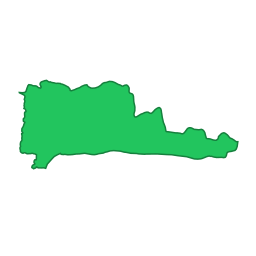 the district of Purulhá, Baja Verapaz, Guatemala, rotated 183°
{"feature_id": "79465075B41794626766416", "entity_name": "Purulhá", "entity_type": "district", "adm_level": 2, "iso_a3": "GTM", "parent_name": "Guatemala", "parent_adm1": "Baja Verapaz", "projection": "robinson", "projection_center": [-89.998, 15.218], "detail": "fine", "context": "isolated", "style": "filled", "palette": "green", "viewbox_px": 256, "rotation_deg": 183, "n_neighbors": 0, "source": "geoboundaries", "source_scale": "gbopen_adm2", "svg_char_len": 5688}
<svg xmlns="http://www.w3.org/2000/svg" viewBox="0 0 256 256"><g transform="rotate(183 128 128)"><path d="M238.4,157.8L238.3,157.5L237.1,157.0L235.6,156.4L233.6,155.5L232.8,154.7L232.5,153.6L232.8,152.5L233.1,151.1L232.5,150.0L232.4,148.7L232.9,147.3L232.8,145.9L233.0,144.7L232.5,143.7L232.8,142.4L232.9,142.1L232.6,142.1L231.9,141.6L231.5,141.2L231.2,140.7L231.0,140.3L230.9,140.0L230.8,139.6L230.8,139.1L230.9,138.9L231.3,138.7L231.6,138.6L231.9,138.3L232.0,137.9L232.1,137.6L232.1,137.3L232.0,136.8L232.0,136.1L231.9,135.5L231.9,135.1L231.8,134.7L231.7,134.3L231.7,133.9L231.8,133.5L231.9,133.1L232.1,132.8L232.2,132.5L232.4,132.3L232.7,132.0L232.9,131.9L233.0,131.5L233.0,131.0L232.9,129.8L232.8,129.4L232.7,129.1L232.3,128.9L232.0,128.8L231.8,128.7L231.4,128.5L231.3,128.1L231.4,127.8L231.8,127.1L232.0,126.5L232.1,126.3L232.2,125.9L232.3,125.5L232.4,125.1L232.5,124.7L232.6,124.2L232.8,123.8L233.1,123.3L233.5,122.6L233.7,122.1L233.9,121.7L233.9,121.0L233.9,119.4L233.8,119.2L233.6,118.8L233.5,118.6L233.3,118.4L233.0,118.1L232.8,117.7L233.0,117.2L233.4,116.9L233.9,116.8L233.9,116.3L233.8,116.0L233.7,115.7L233.5,115.1L233.4,114.7L233.4,114.2L233.4,113.9L233.4,113.3L233.5,112.8L233.5,112.5L233.5,112.0L233.4,111.6L233.3,111.2L233.3,110.8L233.3,110.3L233.5,109.8L233.6,109.5L233.7,109.3L234.0,109.1L234.2,108.8L234.4,108.4L234.6,107.5L234.7,106.5L234.7,105.8L234.6,105.3L234.5,104.8L234.4,104.4L234.3,104.0L234.4,103.7L234.7,103.1L234.8,102.8L234.8,102.5L234.8,102.2L234.8,101.8L234.7,101.4L234.6,101.0L234.4,100.5L234.3,100.3L234.3,99.8L234.3,99.2L234.2,98.9L234.0,98.6L233.7,98.3L233.3,98.0L232.9,97.7L232.5,97.5L232.2,97.4L231.7,97.4L231.3,97.4L230.9,97.5L230.5,97.8L230.1,97.9L229.7,97.9L229.3,97.8L228.9,97.7L228.5,97.4L228.2,97.3L227.8,97.1L227.6,97.1L227.3,97.0L225.3,97.2L224.2,97.3L223.6,97.4L223.2,97.5L222.9,97.6L222.6,97.7L222.3,97.7L222.1,97.7L221.7,97.7L221.4,97.5L221.0,97.4L220.7,97.3L220.3,97.3L219.9,97.3L219.5,97.2L219.3,97.1L218.9,96.9L218.3,96.7L218.0,96.5L218.0,96.2L218.0,95.8L217.9,92.4L217.9,91.9L218.0,91.5L218.4,91.4L218.7,91.4L218.9,91.5L219.3,91.4L219.5,91.2L219.8,90.6L220.0,90.2L220.0,89.7L220.1,89.4L220.1,89.1L220.0,88.7L219.9,88.4L219.7,88.2L219.5,87.9L219.3,87.7L219.2,87.3L219.3,87.0L219.7,86.8L220.2,86.5L220.7,86.2L221.0,86.0L221.3,85.7L221.5,85.5L221.6,85.2L221.8,84.6L222.0,83.9L221.9,83.4L221.6,83.3L221.2,83.2L220.8,82.8L220.5,82.6L220.3,82.4L219.9,82.4L219.5,82.7L219.2,82.9L218.8,83.0L218.5,83.1L218.3,83.2L218.0,83.4L217.8,83.6L217.7,83.9L217.5,84.2L217.2,84.3L216.9,84.2L216.6,84.0L216.4,83.8L216.1,83.7L215.7,83.6L215.3,83.5L215.0,83.5L214.8,83.5L213.7,83.6L212.2,83.6L210.6,83.8L210.2,83.8L209.7,83.8L209.4,83.7L209.1,83.7L208.8,83.6L208.6,83.5L208.3,83.4L208.1,83.4L206.7,87.7L201.9,93.7L200.1,95.7L199.8,95.9L197.1,97.6L194.2,99.1L193.4,98.2L191.1,98.1L189.7,98.4L186.9,98.1L184.3,98.3L181.9,98.6L178.5,99.3L175.2,99.6L169.9,100.5L162.7,99.6L160.1,99.6L157.9,100.1L155.9,100.8L151.3,101.7L149.6,102.6L147.6,103.1L144.7,104.2L141.1,104.7L134.4,104.5L130.6,103.7L128.6,103.6L123.9,102.9L118.2,103.0L115.8,102.7L109.7,102.7L109.0,102.9L97.5,103.6L87.7,103.5L83.0,103.6L77.1,103.0L67.9,102.4L60.1,100.6L56.6,100.6L53.9,101.0L52.5,101.4L49.6,102.7L48.7,103.2L47.9,103.5L46.6,104.0L45.2,104.3L44.5,104.0L43.1,104.1L40.7,103.5L37.8,103.2L32.9,103.6L30.9,103.4L29.7,103.7L29.4,103.8L29.2,104.0L29.0,104.3L28.8,104.6L28.3,105.7L28.0,107.7L27.5,108.8L26.9,109.2L25.6,109.7L23.8,110.0L20.0,111.2L18.8,112.6L18.0,115.3L17.6,120.1L19.2,120.0L19.9,120.4L21.9,121.8L22.8,122.2L23.8,122.8L25.0,123.1L25.9,123.6L26.4,124.1L27.3,125.2L28.6,126.5L29.2,126.8L30.1,127.5L31.3,128.1L32.3,128.2L33.4,127.8L34.4,127.3L35.2,126.4L36.0,125.5L36.6,124.9L37.2,124.0L37.3,122.7L37.7,121.7L39.2,120.4L40.5,120.3L42.2,120.5L45.5,121.4L47.2,121.5L48.5,121.5L48.8,121.6L49.1,121.8L49.4,122.2L49.8,123.6L50.1,124.3L51.0,127.3L52.0,128.9L53.3,130.1L54.7,130.5L57.1,129.9L60.7,130.1L61.8,130.1L64.4,131.3L65.7,131.5L66.6,131.5L67.8,131.1L68.7,130.4L70.8,127.2L72.2,125.5L73.5,125.0L74.7,125.2L75.6,125.5L78.6,125.7L80.0,125.6L87.2,126.3L89.3,126.4L89.7,126.6L89.9,126.9L90.1,127.4L90.8,130.6L91.9,133.2L92.5,134.5L92.7,134.8L93.1,135.9L93.6,137.8L94.1,139.5L94.4,140.7L95.0,143.7L95.4,145.4L95.7,147.1L95.9,147.8L96.4,149.0L97.6,150.0L98.8,149.9L100.7,148.7L102.2,147.4L102.7,146.7L104.4,144.7L105.6,143.8L107.1,144.0L108.8,144.9L110.3,144.8L112.3,144.2L113.8,143.3L115.8,142.5L120.0,139.6L120.8,139.4L121.5,139.5L121.9,139.6L122.4,140.4L122.7,141.2L122.8,142.5L122.1,145.6L122.2,149.2L122.6,151.0L123.2,152.9L123.7,155.2L123.8,156.6L124.2,159.9L124.7,161.3L125.3,162.0L125.9,162.4L127.7,162.8L128.6,163.7L128.9,164.6L128.9,167.4L129.1,168.3L130.1,169.8L131.0,170.6L131.9,170.9L133.8,170.4L134.7,169.9L135.2,169.5L136.2,169.6L137.7,170.4L140.0,171.0L143.5,172.7L146.0,173.5L149.0,173.6L151.3,172.7L151.9,172.4L153.8,172.1L155.0,171.6L155.9,171.0L157.6,169.1L159.8,167.5L162.2,166.5L162.7,166.3L163.9,166.1L165.7,165.9L167.2,166.0L168.5,166.6L169.8,167.2L170.6,168.0L171.3,169.0L173.5,168.6L176.6,167.1L178.3,165.8L181.5,164.5L183.0,163.6L184.5,163.0L186.6,162.2L187.7,162.5L188.0,163.7L189.7,165.7L193.3,167.4L195.8,168.3L197.4,168.5L197.8,168.9L200.5,169.0L202.2,168.8L204.5,169.3L205.2,169.3L207.1,169.6L207.9,170.0L208.7,169.8L209.9,170.1L211.8,171.3L213.6,170.9L216.3,169.8L217.2,169.3L217.4,169.0L218.0,168.2L218.1,167.2L218.0,166.6L217.4,165.6L217.3,165.1L217.0,164.9L217.0,163.9L217.4,163.3L219.3,163.5L220.1,164.0L220.9,164.7L222.1,165.2L225.0,165.2L226.8,165.9L229.3,166.1L230.1,165.1L230.3,164.6L230.4,164.1L231.1,162.1L231.1,161.5L231.6,160.4L231.7,159.3L233.0,158.1L235.5,157.7L238.4,157.8Z" fill="#22c55e" stroke="#15803d" stroke-width="1.5"/></g></svg>